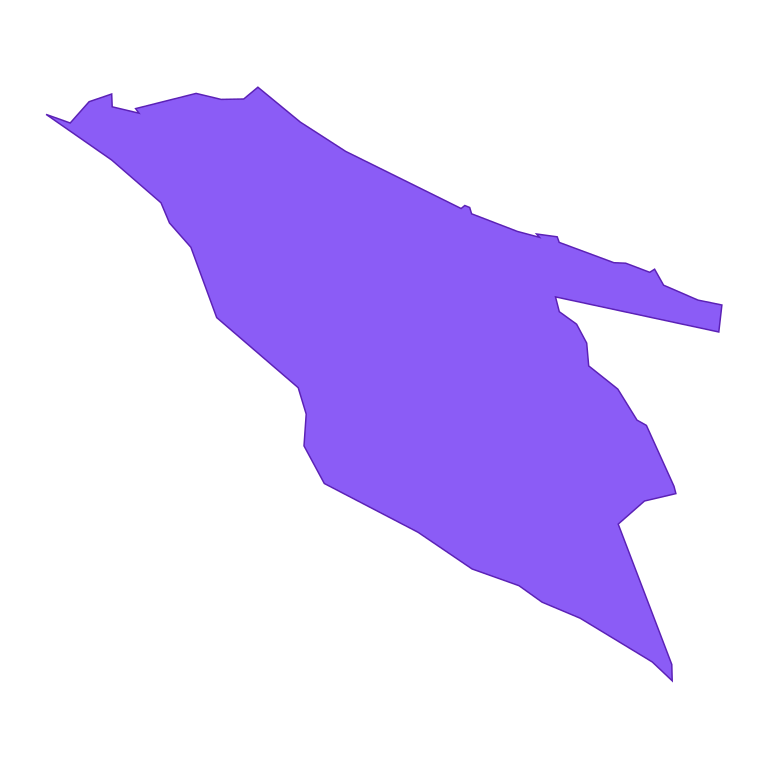 the district of Blackrock Lea-6, Dún Laoghaire–Rathdown, Ireland
{"feature_id": "5873133B82062231942837", "entity_name": "Blackrock Lea-6", "entity_type": "district", "adm_level": 2, "iso_a3": "IRL", "parent_name": "Ireland", "parent_adm1": "Dún Laoghaire–Rathdown", "projection": "equal_earth", "projection_center": [-6.181, 53.289], "detail": "fine", "context": "isolated", "style": "filled", "palette": "violet", "viewbox_px": 768, "rotation_deg": 0, "n_neighbors": 0, "source": "geoboundaries", "source_scale": "gbopen_adm2", "svg_char_len": 844}
<svg xmlns="http://www.w3.org/2000/svg" viewBox="0 0 768 768"><path d="M672.2,680.8L671.8,664.5L618.2,524.1L644.5,501.0L675.9,493.6L674.0,486.3L646.4,425.4L637.0,420.1L617.8,389.1L588.7,365.9L586.7,343.1L576.6,324.2L559.3,311.7L555.5,296.9L718.8,332.0L721.9,305.0L698.0,300.1L663.6,285.2L654.6,269.2L649.7,272.3L625.7,263.2L613.9,262.7L559.2,242.4L557.2,236.8L536.6,234.0L539.4,237.3L517.3,231.4L471.6,213.8L469.7,207.5L464.8,205.5L461.1,208.5L345.7,151.4L300.3,122.1L257.9,87.2L243.7,99.0L221.1,99.4L196.1,93.4L135.6,108.6L139.0,113.2L112.2,106.8L111.7,94.0L89.1,101.7L70.2,123.0L46.1,114.4L111.5,159.9L161.0,202.8L169.5,223.0L190.9,247.3L216.7,317.6L298.2,387.7L306.2,414.1L304.0,445.9L324.3,483.5L417.9,532.2L472.1,569.0L519.0,585.7L542.1,602.2L580.1,618.2L652.3,662.0L672.2,680.8Z" fill="#8b5cf6" stroke="#5b21b6" stroke-width="1.5"/></svg>